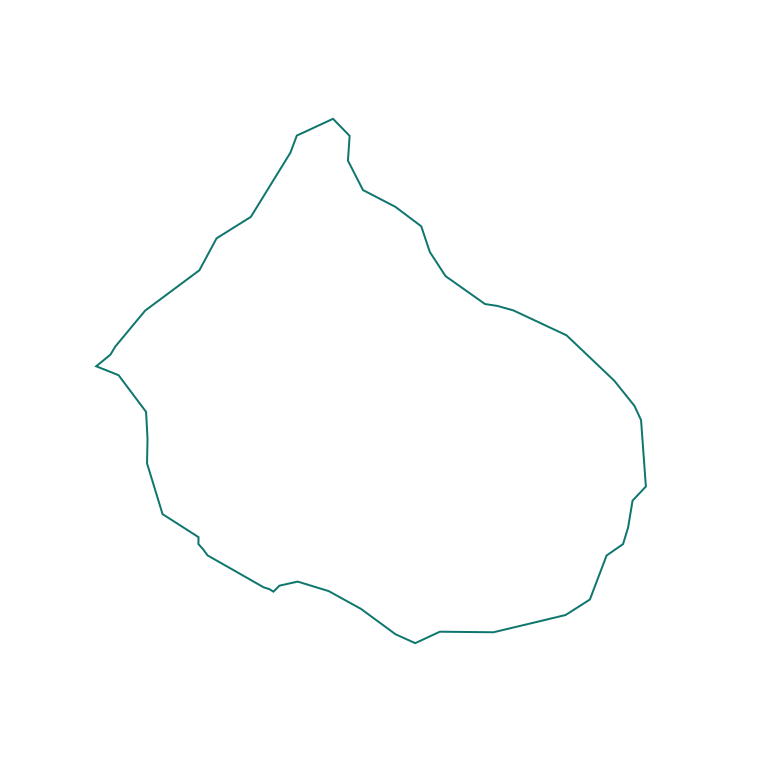 Bui, Nord-Ouest, Cameroon (Mercator projection), rotated 17°
{"feature_id": "32672807B1542757875740", "entity_name": "Bui", "entity_type": "district", "adm_level": 2, "iso_a3": "CMR", "parent_name": "Cameroon", "parent_adm1": "Nord-Ouest", "projection": "mercator", "projection_center": [10.721, 6.252], "detail": "fine", "context": "isolated", "style": "outline", "palette": "teal", "viewbox_px": 768, "rotation_deg": 17, "n_neighbors": 0, "source": "geoboundaries", "source_scale": "gbopen_adm2", "svg_char_len": 873}
<svg xmlns="http://www.w3.org/2000/svg" viewBox="0 0 768 768"><g transform="rotate(17 384 384)"><path d="M103.6,451.2L127.6,453.2L164.6,480.2L173.9,505.6L180.6,529.2L182.7,532.3L210.3,573.2L251.4,584.7L253.3,591.3L259.4,595.0L265.4,599.5L328.3,613.6L334.4,613.7L339.0,614.9L343.0,607.4L359.2,598.2L391.6,598.2L427.7,605.8L468.3,620.0L489.6,622.7L509.8,604.6L514.1,603.3L561.3,589.4L580.0,578.4L613.0,559.0L625.2,551.8L643.9,529.9L647.0,482.9L659.4,467.2L659.4,450.0L655.8,422.8L664.4,405.5L640.4,343.4L629.9,331.7L603.2,313.5L544.4,284.1L486.2,275.8L469.5,276.2L457.2,278.0L411.4,262.9L389.4,244.5L386.9,241.1L373.5,222.3L342.9,211.2L339.4,210.6L307.2,204.7L304.5,201.9L284.2,180.9L278.6,156.8L257.7,145.3L228.0,171.9L226.9,190.0L207.8,263.1L181.3,293.6L174.2,329.2L134.1,383.7L116.1,426.7L113.8,435.9L103.6,451.2Z" fill="none" stroke="#0f766e" stroke-width="2"/></g></svg>